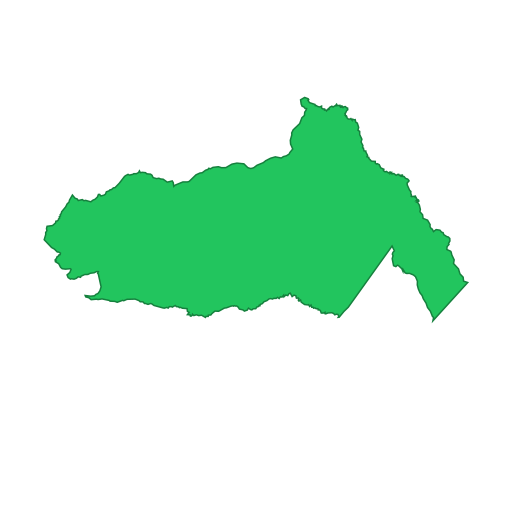 the district of Río De Oro, Cesar, Colombia, rotated 240°
{"feature_id": "7082276B35556421377361", "entity_name": "Río De Oro", "entity_type": "district", "adm_level": 2, "iso_a3": "COL", "parent_name": "Colombia", "parent_adm1": "Cesar", "projection": "natural_earth1", "projection_center": [-73.488, 8.215], "detail": "fine", "context": "isolated", "style": "filled", "palette": "green", "viewbox_px": 512, "rotation_deg": 240, "n_neighbors": 0, "source": "geoboundaries", "source_scale": "gbopen_adm2", "svg_char_len": 6111}
<svg xmlns="http://www.w3.org/2000/svg" viewBox="0 0 512 512"><g transform="rotate(240 256 256)"><path d="M127.2,426.1L130.4,423.2L134.1,424.8L138.6,423.7L143.6,424.9L150.7,423.3L153.6,425.7L158.9,426.1L162.0,427.0L162.9,426.9L166.2,424.5L168.6,426.2L169.5,428.9L170.7,429.1L172.0,431.4L174.3,432.6L176.4,432.0L177.3,431.0L180.6,429.3L182.7,429.7L183.9,428.6L186.4,428.2L188.8,425.2L188.4,421.9L191.2,422.1L192.1,421.4L194.5,421.4L196.2,422.5L201.3,422.5L205.0,419.5L208.5,420.9L212.4,420.1L214.1,421.6L218.4,422.9L221.6,422.8L222.3,422.1L222.6,423.1L222.1,423.5L222.1,424.5L223.0,424.7L223.5,424.6L224.0,422.7L224.5,424.0L225.7,423.6L226.4,423.9L227.5,423.2L227.6,423.9L228.2,424.0L229.5,420.6L230.1,420.2L230.8,421.0L233.0,421.4L234.5,422.4L236.0,421.9L241.8,422.5L243.6,423.3L244.5,426.1L245.3,426.1L246.8,425.8L248.5,424.3L250.7,424.0L252.1,422.0L252.1,423.1L252.9,423.3L254.2,420.4L255.3,420.5L255.8,419.6L255.8,417.7L258.5,416.6L259.1,414.8L260.5,415.3L260.4,413.6L261.3,414.4L261.7,414.2L261.8,413.6L261.3,413.4L261.8,412.2L264.0,411.3L264.3,409.9L266.0,409.1L266.7,409.2L267.2,410.1L270.0,408.1L273.5,408.4L275.3,407.2L275.5,406.2L277.0,405.8L278.3,406.6L280.4,403.4L284.2,402.5L285.0,403.0L286.5,401.7L287.3,402.9L291.2,403.1L291.9,403.6L293.1,402.1L295.7,403.0L296.5,402.4L298.2,403.8L302.2,404.0L304.2,406.1L309.3,406.5L312.1,408.1L314.0,407.2L316.0,409.2L320.5,410.2L322.0,409.3L324.5,410.1L324.8,409.2L326.2,408.1L326.4,407.6L325.7,407.1L327.6,406.9L327.5,406.0L328.4,404.4L330.0,403.9L331.4,404.3L331.8,403.8L332.3,404.3L333.3,403.5L334.2,404.3L335.0,404.3L335.2,405.3L336.6,407.2L336.8,408.6L338.3,409.3L339.3,408.4L340.6,408.2L341.3,406.9L341.0,405.6L343.0,405.5L343.2,405.0L342.2,404.4L342.4,403.7L343.3,403.5L344.5,404.0L345.6,401.6L347.2,401.7L347.0,401.0L346.1,400.4L346.6,399.6L346.5,397.2L347.8,396.6L347.9,394.1L347.4,393.1L346.5,392.7L346.5,392.2L347.3,392.0L346.4,389.6L347.5,389.5L348.1,388.3L349.0,388.9L350.1,387.3L351.3,386.8L353.0,387.7L353.2,385.7L354.8,384.0L356.0,383.6L356.6,382.5L357.7,382.9L362.1,379.0L364.9,378.8L365.0,379.8L366.1,379.8L369.0,377.4L369.0,372.7L365.0,371.1L362.6,370.8L361.4,371.9L359.2,372.3L358.4,373.5L357.2,372.2L356.2,370.1L353.5,368.2L352.8,364.9L348.8,360.0L346.7,351.3L344.7,348.4L343.0,347.6L339.1,343.6L335.6,341.9L330.3,341.3L328.7,337.1L327.7,335.6L327.6,332.3L328.4,329.4L328.2,326.9L332.2,322.3L333.4,317.5L333.7,312.1L333.2,309.0L334.1,302.2L333.6,298.4L333.9,296.5L334.7,294.8L336.6,293.1L341.9,291.6L346.0,285.9L347.6,281.1L347.6,274.1L349.7,270.3L352.1,268.1L354.3,263.0L354.3,260.3L355.6,258.9L355.0,257.7L355.5,255.3L355.0,251.0L355.9,248.9L356.3,244.6L354.0,235.4L354.4,233.7L356.7,229.7L357.8,221.4L357.4,219.6L360.9,221.0L362.9,221.0L364.3,216.1L368.9,214.0L370.5,211.8L371.9,210.8L372.7,208.6L375.3,206.1L378.0,206.3L379.6,205.6L381.8,202.5L383.4,202.0L385.3,199.4L386.0,197.5L388.0,197.6L387.0,196.0L387.1,193.5L388.4,191.3L388.3,190.3L389.3,186.9L390.7,186.0L390.8,183.1L390.6,181.8L387.3,173.8L385.7,168.1L386.3,166.5L385.8,164.1L386.3,162.4L385.9,161.4L386.4,158.5L384.8,156.5L384.7,154.9L385.5,151.7L387.5,151.4L388.1,150.3L386.4,148.2L385.6,145.0L385.9,142.5L385.5,140.1L389.4,136.2L389.9,134.6L391.7,133.8L392.9,129.8L394.8,129.7L396.5,128.2L400.6,127.5L397.7,122.5L396.1,120.9L395.6,118.6L393.7,115.7L391.5,109.8L390.2,108.6L389.6,107.0L388.5,106.7L388.3,105.2L387.1,105.0L386.8,103.5L386.1,103.0L385.7,101.5L386.2,100.1L384.9,99.0L384.1,95.0L386.2,89.9L384.4,88.2L382.5,87.6L381.5,85.6L379.7,84.6L376.0,80.7L365.6,83.2L362.7,84.9L358.8,85.9L358.3,86.9L356.3,88.1L355.1,87.1L355.5,86.0L354.8,85.0L354.8,83.3L353.7,82.0L353.0,80.0L351.8,80.4L351.8,79.7L351.4,79.4L347.9,81.3L343.9,81.1L341.9,81.8L339.9,84.4L337.8,88.9L336.9,89.2L334.8,86.5L334.1,82.9L331.3,82.5L328.8,83.7L328.6,84.7L326.9,86.9L326.5,89.3L326.9,91.7L325.3,93.4L326.0,94.3L325.6,98.4L324.1,101.1L323.9,103.9L322.4,107.5L322.3,110.0L321.3,111.7L320.2,110.2L319.2,110.4L306.7,106.4L303.9,103.4L302.5,100.3L302.8,98.3L302.3,96.2L303.9,92.7L307.2,88.3L305.7,88.1L303.5,90.3L300.6,91.4L298.4,96.2L297.3,97.4L295.8,101.2L291.0,106.6L289.9,107.0L287.3,111.0L285.3,112.7L284.3,118.3L283.4,119.1L283.0,122.6L279.1,129.8L275.8,132.4L274.3,132.8L272.9,135.1L270.6,135.7L270.2,136.5L268.1,138.3L267.6,140.8L266.9,141.7L264.2,142.9L257.5,149.5L256.6,150.7L256.1,153.0L254.8,153.9L255.5,155.6L254.3,157.6L253.6,157.9L253.5,161.3L251.9,161.8L250.8,163.5L249.6,163.8L249.2,165.0L247.6,166.1L244.9,170.0L242.3,168.9L240.6,169.9L239.5,167.3L238.0,169.5L236.9,169.1L236.4,169.6L236.5,171.2L237.3,171.9L235.5,172.4L234.9,175.0L233.0,176.6L232.0,179.2L228.1,181.5L228.7,182.4L227.6,184.4L228.6,185.1L227.5,187.4L228.2,189.1L228.8,192.9L226.8,196.0L226.7,202.6L225.9,204.5L225.1,209.2L224.3,211.3L223.8,211.5L223.8,212.4L223.0,213.0L222.5,214.2L220.7,215.0L218.3,215.1L215.9,217.7L214.1,218.4L213.5,221.4L214.6,223.4L212.3,224.5L211.4,225.5L211.7,227.2L210.5,229.4L211.4,231.3L211.0,233.0L211.7,234.1L211.0,234.5L211.9,235.6L211.6,237.7L212.4,240.0L211.9,243.1L212.3,245.7L211.9,247.2L210.4,248.9L210.5,250.1L209.2,252.3L209.4,254.0L207.6,254.8L208.5,256.7L207.4,258.0L208.3,260.4L206.7,259.8L207.3,262.3L205.8,263.7L206.9,265.7L206.7,267.1L202.8,267.0L203.1,269.4L201.5,270.7L199.5,269.9L198.9,270.3L198.8,271.5L197.5,271.8L196.7,270.6L195.7,270.5L195.4,270.9L195.6,272.6L193.4,272.1L189.7,273.8L187.8,276.3L187.6,277.2L185.5,277.2L186.0,279.1L183.8,278.6L183.1,279.8L182.0,279.8L181.6,281.1L180.3,281.7L179.4,283.3L178.2,282.9L177.6,284.1L176.4,284.4L174.0,284.0L172.9,285.8L172.7,287.6L171.6,286.9L171.0,287.5L170.7,289.8L168.9,293.4L167.3,294.5L165.7,294.8L165.3,296.7L164.4,297.7L162.4,297.6L161.8,296.5L161.4,297.4L164.0,304.4L165.5,310.3L196.6,378.8L191.3,378.4L190.7,376.5L189.5,375.0L187.7,374.8L185.6,372.6L178.8,370.3L176.9,371.8L177.3,373.9L176.4,374.6L172.0,375.9L169.3,375.6L170.7,376.6L166.8,376.7L165.6,377.7L164.1,380.4L160.8,382.9L158.3,383.8L153.5,383.2L150.3,381.2L146.3,380.1L142.0,379.6L138.7,380.1L135.4,379.5L130.1,379.7L125.6,378.8L121.0,379.4L115.5,378.6L113.9,379.0L111.4,376.8L127.2,426.1Z" fill="#22c55e" stroke="#15803d" stroke-width="1.5"/></g></svg>